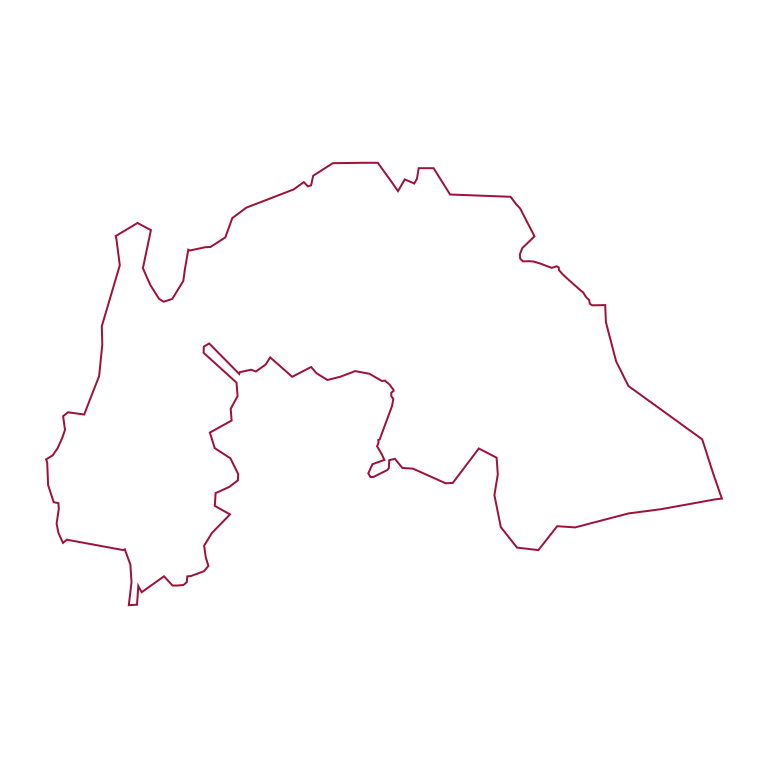 the district of Bara, North Kordufan, Sudan
{"feature_id": "16777658B73241781951906", "entity_name": "Bara", "entity_type": "district", "adm_level": 2, "iso_a3": "SDN", "parent_name": "Sudan", "parent_adm1": "North Kordufan", "projection": "mercator", "projection_center": [31.071, 14.012], "detail": "fine", "context": "isolated", "style": "outline", "palette": "rose", "viewbox_px": 768, "rotation_deg": 0, "n_neighbors": 0, "source": "geoboundaries", "source_scale": "gbopen_adm2", "svg_char_len": 3263}
<svg xmlns="http://www.w3.org/2000/svg" viewBox="0 0 768 768"><path d="M605.2,305.1L599.8,305.2L592.1,305.3L589.8,303.7L589.2,300.1L586.7,297.8L584.9,295.3L583.2,292.5L580.0,289.9L568.6,279.8L564.8,276.3L562.1,273.7L559.0,270.1L558.7,267.4L556.3,266.3L554.4,267.1L551.7,267.8L546.7,266.0L540.2,263.5L533.3,261.5L528.7,261.2L523.0,261.4L520.2,258.7L519.9,254.3L522.2,248.2L534.5,236.3L520.1,208.4L516.3,204.4L510.6,196.8L450.1,194.5L433.6,168.2L418.7,168.2L417.0,178.6L414.3,183.5L404.8,179.4L398.0,191.1L391.8,182.2L377.8,162.8L361.3,162.8L332.8,163.2L313.2,175.7L311.1,185.3L307.9,186.4L303.8,182.1L293.7,189.4L246.4,207.6L235.5,215.7L232.3,218.1L225.3,237.4L210.4,247.0L205.4,247.2L189.8,250.5L188.3,249.7L184.9,269.2L183.3,280.9L172.3,298.9L163.7,301.7L159.1,298.9L150.3,285.0L142.9,268.2L150.9,230.1L137.5,223.0L115.6,236.1L116.3,238.2L119.8,265.3L101.8,326.2L102.3,344.7L99.1,376.2L90.4,398.4L84.2,414.5L68.0,412.3L63.1,416.2L65.0,429.8L62.3,437.8L57.5,448.4L52.6,455.4L46.1,459.4L47.2,462.5L48.1,485.1L53.7,502.2L58.4,503.1L58.8,508.8L56.6,523.7L58.4,532.8L60.4,537.3L63.0,542.9L66.8,539.7L123.3,550.1L124.8,549.3L130.4,564.7L131.5,582.1L131.5,582.3L128.8,605.2L137.0,604.7L138.3,586.0L139.1,587.6L141.7,592.2L164.0,576.3L172.5,585.5L177.5,585.5L183.5,585.0L186.8,582.1L187.3,576.4L191.0,576.0L204.0,571.2L208.4,565.9L205.8,557.5L204.1,545.7L211.9,533.0L230.0,514.4L214.8,505.9L215.6,493.1L229.5,486.8L237.9,480.3L238.2,474.1L230.4,458.3L214.7,448.1L209.9,432.6L231.6,420.5L230.7,408.8L237.6,396.1L236.5,382.6L203.6,352.8L203.8,346.6L209.2,343.5L239.2,373.9L239.7,372.2L251.1,369.7L255.9,371.5L265.6,364.6L270.2,357.4L292.2,376.8L311.1,367.0L316.5,373.2L327.4,380.0L340.4,376.7L355.2,371.1L369.5,373.8L381.9,381.0L384.9,380.6L389.4,384.4L393.5,389.9L393.5,391.1L391.3,392.6L391.3,396.2L393.3,398.8L392.1,405.8L379.7,439.4L378.2,440.1L378.6,442.3L377.1,446.3L381.8,454.3L384.4,459.9L372.5,464.2L368.3,473.3L370.5,477.1L373.5,476.9L387.4,470.0L388.8,468.2L389.2,460.2L394.9,458.8L402.4,468.0L412.9,468.6L445.7,483.3L452.8,482.9L478.8,448.5L496.6,457.7L497.8,474.4L494.4,495.1L500.8,527.1L517.0,547.6L526.5,548.7L538.4,550.1L557.2,526.2L575.1,527.4L610.9,518.0L628.7,513.4L661.6,509.1L669.2,507.7L693.6,503.3L713.8,499.6L715.8,499.3L719.2,498.9L720.7,498.7L721.9,498.6L721.8,498.3L720.8,495.4L720.4,494.5L717.4,485.7L715.2,479.3L714.9,478.6L714.4,477.0L714.0,475.8L713.1,473.3L712.7,472.0L712.3,470.8L710.9,466.6L710.7,465.9L709.5,462.0L709.2,461.3L709.2,461.1L708.7,459.7L708.5,458.9L707.8,456.8L707.2,455.0L706.9,454.1L706.7,453.2L705.6,449.8L705.0,448.0L703.6,443.7L702.9,441.5L702.2,439.4L701.1,438.6L700.7,438.3L699.8,437.6L699.1,437.1L696.1,434.9L689.7,430.3L687.4,428.7L683.7,426.0L681.4,424.3L676.1,420.4L675.6,420.1L672.0,417.5L667.1,413.9L665.1,412.5L661.4,409.8L657.4,406.9L652.4,403.3L652.1,403.1L648.5,400.5L647.5,399.8L639.8,394.2L632.4,388.9L629.0,386.4L628.4,386.0L627.2,383.5L624.0,377.2L623.5,376.1L620.7,370.4L619.2,367.5L616.3,361.7L616.1,361.2L615.8,360.2L615.2,357.7L613.6,351.8L613.6,351.6L612.5,347.4L611.5,343.7L610.9,341.2L610.0,337.9L609.7,336.7L608.2,331.1L607.7,329.0L606.8,325.5L606.6,324.6L606.4,323.9L606.3,323.5L606.0,322.5L605.9,322.1L605.9,321.7L605.5,312.0L605.2,305.1Z" fill="none" stroke="#9f1239" stroke-width="2"/></svg>